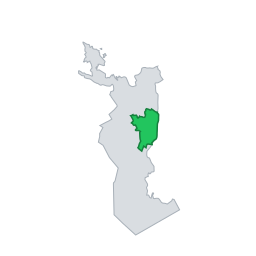 location of Bukhoro within Uzbekistan, rotated 238°
{"feature_id": "UZB-354", "entity_name": "Bukhoro", "entity_type": "Region", "adm_level": 1, "iso_a3": "UZB", "parent_name": "Uzbekistan", "parent_adm1": "", "projection": "robinson", "projection_center": [64.255, 40.217], "detail": "fine", "context": "in_parent", "style": "filled", "palette": "green", "viewbox_px": 256, "rotation_deg": 238, "n_neighbors": 0, "source": "natural_earth", "source_scale": "10m", "svg_char_len": 5942}
<svg xmlns="http://www.w3.org/2000/svg" viewBox="0 0 256 256"><g transform="rotate(238 128 128)"><path d="M196.8,116.7L200.4,115.1L202.4,116.2L202.6,116.8L200.4,118.0L198.5,118.6L197.9,120.1L196.0,120.7L194.1,122.8L191.1,124.9L191.0,125.4L191.3,125.7L192.3,126.0L194.4,127.1L196.3,126.5L196.8,126.6L197.3,127.3L197.9,129.2L198.8,129.7L201.7,130.7L203.8,130.7L204.9,131.1L205.0,130.9L205.1,128.1L206.0,128.6L206.9,128.2L207.3,126.8L207.1,125.9L207.7,125.3L208.1,125.7L208.2,126.5L209.2,127.1L210.0,128.5L210.3,130.1L212.3,130.5L213.0,130.2L213.5,130.4L213.9,132.4L214.2,132.6L215.9,132.2L217.5,133.1L219.3,134.6L221.2,134.7L221.6,135.0L223.0,134.7L224.6,135.2L224.7,135.4L224.4,135.7L220.7,137.6L219.7,138.9L218.8,139.3L216.5,138.6L216.2,139.4L216.6,140.2L216.1,141.0L214.9,140.7L214.7,140.3L213.5,140.5L212.2,141.9L211.6,143.0L210.4,143.3L208.7,144.5L208.0,143.6L206.7,143.7L205.1,142.8L204.2,142.6L196.9,143.8L196.3,143.6L195.5,142.1L193.6,141.3L193.7,140.5L197.4,137.4L197.8,136.4L196.5,135.8L196.7,135.0L194.2,132.5L193.7,132.3L193.4,132.4L192.6,134.3L186.1,137.5L185.1,137.2L183.6,136.0L182.7,135.6L181.5,136.6L181.6,137.8L180.4,138.8L181.6,142.1L181.5,142.5L180.6,142.6L181.3,143.8L180.8,144.0L177.6,143.5L174.0,144.3L174.1,144.8L177.4,144.7L177.8,144.9L177.9,145.3L177.7,145.6L176.0,145.9L175.9,146.4L176.8,147.9L176.4,148.2L175.8,147.9L175.3,148.8L174.2,148.8L173.6,151.6L172.8,152.6L171.5,153.1L163.8,151.8L161.8,152.7L160.5,154.0L159.7,157.1L159.8,157.4L163.1,158.6L163.6,160.5L167.6,160.7L168.3,161.0L168.6,161.5L168.8,162.0L167.7,165.0L168.2,167.8L168.9,169.0L171.3,171.4L171.2,172.7L170.7,173.9L170.0,174.9L169.3,175.3L168.3,176.6L167.5,178.2L165.8,180.3L165.3,181.4L165.1,184.8L164.7,185.8L164.6,185.4L164.0,185.1L162.2,184.9L161.9,184.5L159.6,185.3L158.2,184.9L156.7,183.6L154.0,183.1L150.5,183.4L150.3,179.9L150.5,177.3L151.6,175.3L151.6,174.9L151.0,174.2L148.9,173.6L146.4,172.0L144.1,170.9L142.8,170.6L141.3,171.2L140.0,171.0L133.8,166.8L128.6,163.8L125.1,160.8L123.4,161.1L118.9,158.2L115.9,155.2L106.3,148.5L104.4,146.9L103.9,146.1L103.2,142.0L102.3,140.1L101.1,139.1L100.1,137.2L98.5,132.4L98.0,131.5L95.1,129.5L93.4,129.0L92.2,129.3L91.5,130.1L90.5,130.2L86.3,129.4L81.7,129.7L77.6,127.3L77.4,126.9L77.4,126.2L78.2,124.6L78.1,123.9L77.5,123.2L77.5,122.3L77.9,121.9L78.7,122.0L79.0,121.7L78.9,121.3L77.9,120.3L76.1,119.4L76.5,118.8L76.6,117.2L76.9,116.4L76.6,116.1L75.2,115.0L70.7,114.9L69.6,114.6L68.8,114.1L67.9,112.4L67.5,112.0L64.4,111.3L61.2,108.3L60.5,109.6L59.9,109.9L57.5,109.6L56.3,110.4L59.2,113.4L59.8,114.3L59.8,114.9L58.9,115.0L58.1,113.5L57.7,113.1L54.8,112.3L53.9,113.2L53.6,114.4L52.3,116.4L50.9,116.8L47.5,116.9L46.4,117.3L45.7,117.9L44.4,119.6L42.7,121.0L43.1,126.6L44.2,128.0L43.0,129.2L31.3,128.4L33.2,77.8L49.9,73.1L61.8,70.2L88.5,86.1L89.2,86.7L89.5,88.1L90.2,89.2L99.3,98.5L112.8,96.6L126.5,97.7L131.7,95.4L135.8,99.5L138.3,101.0L141.7,107.0L145.0,105.4L144.5,112.5L144.2,114.7L144.1,119.0L149.6,119.1L150.8,126.0L152.1,130.3L153.3,130.8L163.6,130.2L164.4,130.5L165.9,130.1L166.9,131.5L167.9,132.4L167.3,135.4L168.6,136.6L171.5,138.0L173.2,138.0L173.5,137.5L173.4,136.8L173.0,136.0L173.0,135.2L173.3,134.5L175.0,132.2L177.7,130.0L178.4,129.2L178.6,127.7L179.6,126.9L181.9,126.0L182.3,125.3L185.2,123.5L188.5,122.4L190.0,121.5L191.4,119.8L193.5,118.0L194.3,117.9L194.9,118.5L195.4,118.5L196.8,116.7ZM196.6,133.7L196.2,132.8L195.7,132.5L195.4,132.6L196.3,133.7L196.6,133.7ZM203.3,148.1L201.1,148.0L201.4,146.7L200.6,146.0L200.4,145.4L200.6,144.7L201.1,144.5L201.8,145.5L203.5,145.9L203.0,146.8L203.4,147.9L203.3,148.1ZM209.9,146.6L209.5,147.9L208.5,147.3L208.7,147.0L209.9,146.6Z" fill="#d9dde1" stroke="#a8b0b8" stroke-width="1"/><path d="M123.6,161.2L123.3,161.1L122.9,161.0L121.1,159.7L119.5,158.7L118.2,157.8L117.6,157.1L116.3,155.5L115.6,154.9L114.0,153.8L110.3,151.3L108.5,150.0L106.9,149.0L105.6,148.1L105.0,147.5L104.8,147.4L104.0,146.4L103.9,146.1L103.7,145.3L103.7,145.0L103.7,144.7L103.8,144.4L103.9,144.2L103.9,143.9L103.5,143.2L103.5,142.9L103.5,142.5L103.4,142.3L103.3,142.0L103.0,141.5L103.0,141.2L103.0,140.6L102.8,140.5L101.9,140.0L101.4,139.9L101.1,139.7L103.5,136.9L104.1,135.7L103.9,135.3L103.6,134.7L101.7,132.8L104.3,131.7L101.1,127.4L105.1,126.0L106.1,126.0L106.4,126.8L106.7,127.2L108.6,129.3L110.1,131.8L110.3,131.9L111.3,132.1L112.8,132.7L114.5,133.6L117.9,135.5L118.2,135.9L118.6,136.3L118.6,136.6L119.9,136.1L120.7,135.0L121.4,133.7L121.6,133.5L121.8,133.3L122.1,133.2L122.3,133.3L122.5,133.4L122.7,133.8L122.8,134.2L122.8,135.1L123.0,135.4L123.4,135.6L126.5,135.9L126.7,135.7L127.1,134.5L127.3,134.4L127.7,134.2L129.2,134.2L129.7,134.1L130.0,133.9L130.4,133.5L130.5,133.5L130.6,133.8L130.9,135.2L131.0,135.6L131.1,136.0L131.5,136.3L131.9,136.5L133.0,136.7L136.5,136.9L137.0,136.8L136.7,137.7L136.7,138.0L136.7,138.4L136.7,138.7L136.7,139.0L136.7,139.3L136.0,139.2L135.9,139.2L135.7,139.3L135.5,139.5L135.2,140.5L135.0,140.8L134.8,141.0L134.5,141.7L134.4,141.9L133.1,141.9L132.8,141.8L132.6,141.7L132.3,141.5L132.1,141.5L131.9,141.5L131.5,141.5L131.3,141.6L131.2,141.7L131.2,141.9L131.1,142.0L131.2,142.4L131.5,142.6L131.3,143.2L131.2,143.3L131.3,143.6L131.6,143.9L131.8,144.1L131.5,144.2L131.4,144.3L131.2,144.4L131.0,144.5L130.4,145.5L130.1,145.9L129.9,146.0L129.2,146.3L129.1,146.5L128.6,147.1L128.4,147.5L128.3,147.8L128.4,148.2L129.3,149.3L129.6,149.5L130.1,149.7L130.1,149.8L130.2,150.0L130.4,150.1L130.6,150.2L131.1,149.9L131.3,150.0L132.7,150.7L132.9,151.1L133.0,151.4L133.0,151.6L133.1,151.9L133.2,152.2L133.4,152.3L133.7,152.4L133.8,152.5L134.0,152.7L134.2,152.9L134.3,153.0L134.4,153.5L134.5,153.6L134.5,154.0L134.0,154.4L132.8,155.5L132.7,155.6L132.4,155.6L132.2,155.7L131.3,156.6L131.2,156.7L131.1,156.9L131.1,157.0L131.2,157.3L131.3,157.4L131.6,157.8L131.7,158.0L129.7,158.9L129.1,159.1L127.5,159.7L127.0,160.0L125.9,161.1L125.7,161.3L125.4,160.9L125.1,160.7L124.8,160.7L123.9,161.1L123.6,161.2Z" fill="#22c55e" stroke="#15803d" stroke-width="1.5"/></g></svg>